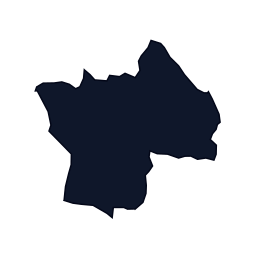 Emmaboda, Kalmar, Sweden, rotated 65°
{"feature_id": "70781695B16590141300701", "entity_name": "Emmaboda", "entity_type": "district", "adm_level": 2, "iso_a3": "SWE", "parent_name": "Sweden", "parent_adm1": "Kalmar", "projection": "robinson", "projection_center": [15.568, 56.666], "detail": "fine", "context": "isolated", "style": "filled", "palette": "ink", "viewbox_px": 256, "rotation_deg": 65, "n_neighbors": 0, "source": "geoboundaries", "source_scale": "gbopen_adm2", "svg_char_len": 1068}
<svg xmlns="http://www.w3.org/2000/svg" viewBox="0 0 256 256"><g transform="rotate(65 128 128)"><path d="M98.6,200.5L117.0,194.0L127.6,190.3L137.3,195.0L144.1,200.9L154.7,209.4L166.1,216.2L166.5,216.6L172.8,209.7L177.5,202.3L183.3,192.3L196.3,183.2L202.5,180.2L193.8,174.9L198.3,165.3L201.3,162.7L204.3,155.8L204.5,155.8L201.7,145.9L194.9,139.4L187.7,135.7L178.1,132.3L176.2,127.6L172.8,121.8L163.1,121.2L157.9,117.8L163.6,112.4L168.4,103.2L176.6,94.8L177.6,88.3L180.0,82.9L185.7,78.2L188.1,70.1L193.4,63.7L189.1,59.3L180.9,55.2L173.2,58.3L168.9,53.9L166.5,48.8L162.6,45.5L161.7,42.1L154.0,39.7L137.4,39.4L129.1,39.8L129.8,41.1L128.3,44.3L122.3,49.0L103.5,54.3L93.0,55.9L81.7,60.1L70.5,61.1L65.2,62.7L58.4,70.1L63.7,75.9L68.2,85.4L71.9,90.2L80.9,92.8L85.4,100.2L77.2,107.6L77.9,113.9L72.6,122.4L76.4,127.2L70.4,137.8L63.6,139.9L57.3,142.8L56.8,143.0L64.3,147.3L70.3,154.2L70.3,158.9L63.6,162.7L58.3,168.5L56.0,175.9L51.5,186.0L52.2,193.4L55.2,196.3L56.0,194.5L79.3,193.4L92.9,196.6L97.4,200.9L98.6,200.5Z" fill="#0f172a" stroke="#020617" stroke-width="1.5"/></g></svg>